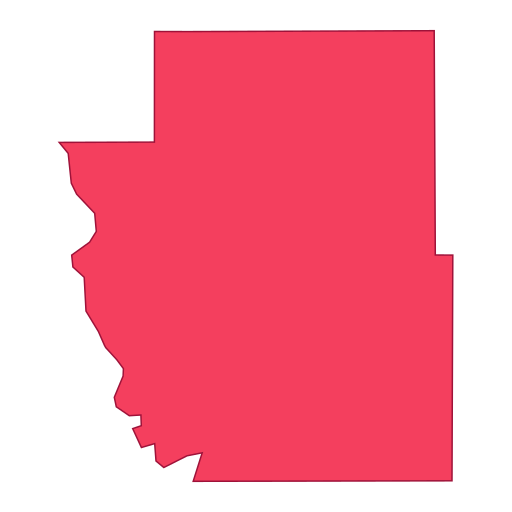 the district of Burleigh, North Dakota, United States of America
{"feature_id": "52423323B75133574344854", "entity_name": "Burleigh", "entity_type": "district", "adm_level": 2, "iso_a3": "USA", "parent_name": "United States of America", "parent_adm1": "North Dakota", "projection": "orthographic", "projection_center": [-100.714, 46.981], "detail": "fine", "context": "isolated", "style": "filled", "palette": "rose", "viewbox_px": 512, "rotation_deg": 0, "n_neighbors": 0, "source": "geoboundaries", "source_scale": "gbopen_adm2", "svg_char_len": 584}
<svg xmlns="http://www.w3.org/2000/svg" viewBox="0 0 512 512"><path d="M434.2,30.7L187.9,31.6L154.5,31.5L154.4,142.1L59.2,142.4L68.2,153.4L71.3,183.2L76.6,194.1L94.7,213.3L96.3,231.4L89.6,242.2L71.7,255.1L72.9,267.0L84.2,277.3L86.0,311.1L98.4,331.5L104.6,345.6L105.8,347.7L116.7,359.6L123.4,368.6L123.1,376.1L114.3,397.3L116.3,406.8L129.3,415.7L140.9,415.0L141.3,425.7L132.7,428.6L141.4,447.5L154.7,443.6L156.0,461.0L163.8,467.5L187.0,455.8L202.2,452.8L193.2,481.3L452.0,480.8L452.6,311.6L452.8,255.1L435.3,255.0L434.2,30.7Z" fill="#f43f5e" stroke="#9f1239" stroke-width="1.5"/></svg>